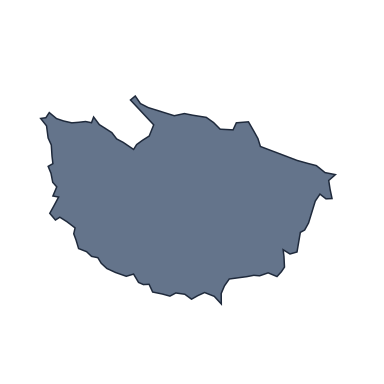 Lagoa Bonita do Sul, Rio Grande do Sul, Brazil, rotated 164°
{"feature_id": "56859067B64847841628369", "entity_name": "Lagoa Bonita do Sul", "entity_type": "district", "adm_level": 2, "iso_a3": "BRA", "parent_name": "Brazil", "parent_adm1": "Rio Grande do Sul", "projection": "equal_earth", "projection_center": [-53.035, -29.505], "detail": "fine", "context": "isolated", "style": "filled", "palette": "slate", "viewbox_px": 384, "rotation_deg": 164, "n_neighbors": 0, "source": "geoboundaries", "source_scale": "gbopen_adm2", "svg_char_len": 1410}
<svg xmlns="http://www.w3.org/2000/svg" viewBox="0 0 384 384"><g transform="rotate(164 192 192)"><path d="M220.1,299.9L225.8,297.4L210.3,267.1L217.7,257.6L225.2,255.4L232.1,252.9L236.4,249.0L244.5,258.7L249.8,263.8L252.7,271.2L262.5,282.3L265.9,291.2L269.5,286.3L274.9,289.1L281.5,290.2L288.5,291.6L295.9,295.7L302.0,299.9L307.3,307.7L312.0,303.7L317.2,304.4L313.6,295.7L315.4,283.6L314.3,276.0L316.7,264.9L317.9,257.6L323.2,256.3L322.4,248.8L323.2,239.7L320.6,234.2L326.8,226.5L321.6,223.9L329.1,216.2L334.6,210.7L331.0,202.7L326.0,204.2L320.4,197.9L314.3,189.7L317.2,184.4L316.7,177.9L316.6,168.9L309.8,163.7L306.3,157.8L300.6,154.8L298.9,148.5L294.9,141.9L287.7,135.7L278.4,129.1L270.8,129.2L268.3,119.8L264.2,116.4L258.7,115.1L257.4,106.7L248.6,102.1L241.9,98.0L235.4,99.4L227.1,95.7L222.0,89.1L214.9,90.8L207.6,91.9L199.4,85.6L194.7,76.3L191.9,86.4L186.7,92.8L180.2,98.1L171.2,96.8L162.5,95.5L155.6,94.9L150.1,92.8L141.1,93.3L133.6,87.3L128.1,90.7L123.8,94.3L121.4,104.6L120.3,111.4L114.9,105.4L107.6,105.4L99.0,123.3L94.2,124.4L88.5,130.1L76.0,149.3L69.6,154.7L65.1,148.5L59.2,147.1L58.5,156.8L57.4,165.4L49.4,169.2L58.8,174.0L65.2,183.1L72.7,187.5L82.3,193.4L113.7,216.9L113.9,225.2L115.9,233.8L118.4,243.9L130.3,246.3L135.4,240.4L147.6,244.6L152.1,252.8L157.7,259.8L170.1,265.6L177.7,269.5L188.0,270.2L210.8,285.2L217.2,291.2L220.1,299.9Z" fill="#64748b" stroke="#1e293b" stroke-width="1.5"/></g></svg>